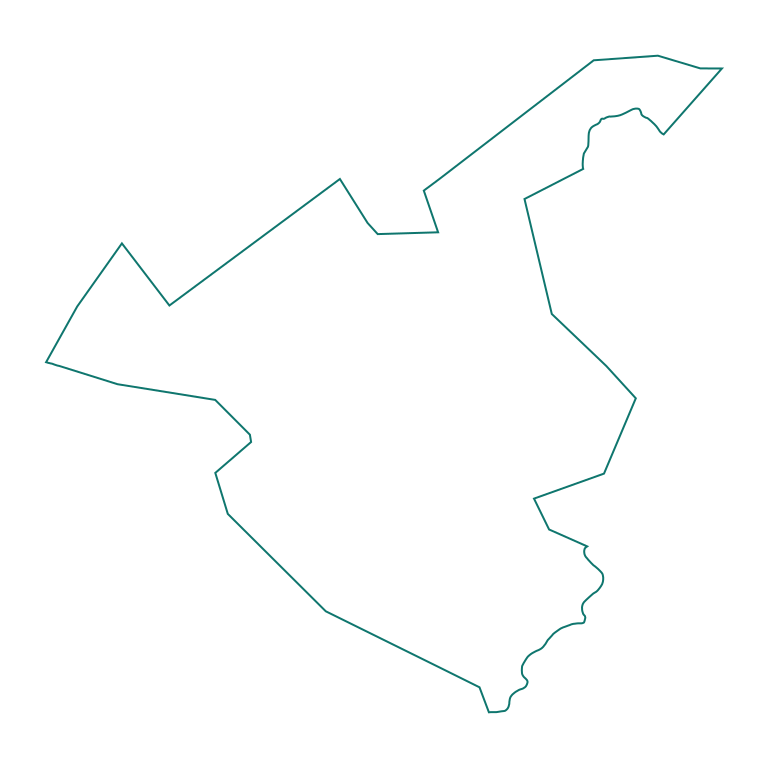 the district of Trinidad, Santa Bárbara, Honduras
{"feature_id": "27666195B30534967485029", "entity_name": "Trinidad", "entity_type": "district", "adm_level": 2, "iso_a3": "HND", "parent_name": "Honduras", "parent_adm1": "Santa Bárbara", "projection": "mercator", "projection_center": [-88.214, 15.162], "detail": "fine", "context": "isolated", "style": "outline", "palette": "teal", "viewbox_px": 768, "rotation_deg": 0, "n_neighbors": 0, "source": "geoboundaries", "source_scale": "gbopen_adm2", "svg_char_len": 6001}
<svg xmlns="http://www.w3.org/2000/svg" viewBox="0 0 768 768"><path d="M721.9,68.5L700.3,68.4L657.9,55.7L593.7,60.3L439.1,179.2L423.8,190.6L438.1,232.3L377.7,234.1L367.6,223.0L339.9,179.0L169.4,305.5L121.9,243.4L77.2,306.5L46.1,362.2L47.2,362.5L48.4,362.9L49.5,363.1L50.5,363.4L51.7,363.6L52.1,363.7L52.7,363.9L54.2,364.5L57.2,365.5L57.6,365.6L59.1,365.9L117.5,384.2L215.2,399.9L249.9,434.7L251.1,442.0L215.3,472.9L227.8,513.9L325.8,611.3L438.8,667.1L479.5,687.3L488.9,712.3L490.1,712.2L491.1,712.1L492.2,712.1L493.4,712.1L495.5,712.1L496.0,712.1L496.5,712.1L497.2,712.0L498.5,711.8L500.3,711.5L501.5,711.3L504.2,711.0L504.5,710.9L505.0,710.8L505.4,710.6L505.9,710.2L506.4,709.8L506.9,709.3L507.4,708.8L507.8,708.2L508.1,707.6L508.4,707.0L508.6,706.6L508.7,706.2L509.0,704.9L509.2,704.3L509.3,703.6L509.3,703.2L509.4,701.6L509.6,700.4L509.7,699.7L509.9,698.7L510.2,697.8L510.3,697.5L510.5,697.1L510.7,696.7L510.9,696.4L511.3,695.9L511.6,695.4L512.0,695.0L512.4,694.5L513.1,693.9L513.6,693.5L514.5,692.7L515.1,692.3L515.7,691.8L516.3,691.5L517.8,690.6L519.0,689.9L519.5,689.7L520.0,689.5L520.3,689.4L521.6,689.0L522.0,688.9L522.5,688.7L522.9,688.5L523.4,688.3L523.8,688.0L524.2,687.7L524.6,687.5L525.1,687.1L525.5,686.7L525.9,686.3L526.1,685.9L526.3,685.6L526.6,685.0L526.9,684.4L527.0,684.1L527.2,683.5L527.4,682.9L527.5,682.5L527.5,682.0L527.5,681.7L527.5,681.4L527.4,681.2L527.3,680.8L527.1,680.4L526.8,679.9L526.4,679.5L525.9,678.9L525.5,678.5L524.3,677.4L523.8,676.9L523.5,676.5L523.1,675.9L522.8,675.5L522.6,675.0L522.4,674.6L522.2,674.1L522.1,673.7L522.0,673.2L522.0,672.9L521.9,672.0L521.9,671.1L521.8,670.2L521.9,669.1L521.9,668.5L522.0,667.4L522.1,666.3L522.2,666.0L522.3,665.7L522.6,665.1L522.9,664.6L523.6,663.2L524.4,661.9L525.1,660.7L526.3,658.8L526.8,658.1L527.1,657.6L527.5,657.1L527.9,656.6L528.3,656.2L528.9,655.7L529.5,655.1L530.2,654.6L530.8,654.1L531.7,653.5L532.5,653.0L534.0,652.2L534.9,651.7L535.9,651.2L536.5,650.9L537.5,650.5L538.5,650.1L539.1,649.8L539.7,649.5L540.7,648.9L541.2,648.6L541.7,648.2L542.2,647.8L542.8,647.2L543.4,646.6L544.2,645.5L545.3,644.2L545.7,643.5L546.1,642.9L546.5,642.2L547.3,640.8L547.6,640.4L547.8,640.0L548.5,639.3L550.0,637.7L550.4,637.2L551.0,636.6L552.4,635.0L553.0,634.2L553.9,633.4L554.3,633.1L554.9,632.6L558.1,630.3L559.8,629.1L560.6,628.6L561.1,628.3L561.6,628.1L563.1,627.4L564.3,627.0L565.7,626.5L568.4,625.5L569.6,625.1L571.0,624.5L571.4,624.3L572.0,624.2L572.7,624.0L573.8,623.8L575.0,623.7L576.3,623.5L578.4,623.3L578.9,623.3L579.5,623.3L580.4,623.3L581.1,623.3L581.6,623.3L582.1,623.2L582.7,623.1L583.1,622.9L583.6,622.7L583.9,622.5L584.1,622.2L584.5,621.1L584.8,620.0L585.1,618.6L585.3,617.9L585.3,617.6L585.2,617.2L585.1,616.7L585.0,616.3L584.8,615.9L584.7,615.7L584.3,615.3L583.9,614.9L583.7,614.6L583.5,614.4L583.4,614.1L583.1,613.7L582.9,613.0L582.7,612.4L582.4,611.4L582.2,610.4L582.1,609.7L582.1,608.7L582.0,607.7L582.1,606.9L582.2,606.1L582.4,605.4L582.6,604.6L582.8,604.1L583.0,603.8L583.2,603.3L583.5,602.9L583.9,602.3L584.1,602.0L585.0,601.1L586.2,599.9L587.5,598.7L588.9,597.4L591.7,594.9L593.2,593.6L593.6,593.3L594.2,593.0L594.6,592.7L595.5,592.2L596.0,591.9L596.5,591.5L597.0,591.1L597.4,590.7L597.9,590.2L598.3,589.7L599.2,588.6L600.2,587.3L600.5,586.8L601.2,585.8L601.5,585.2L601.9,584.6L602.1,584.2L602.3,583.7L602.4,583.3L602.6,582.7L602.8,582.1L602.9,581.6L603.0,581.0L603.1,580.3L603.2,579.3L603.2,578.3L603.2,577.6L603.2,577.2L603.1,576.8L603.0,576.2L602.9,575.5L602.8,575.0L602.6,574.4L602.5,574.1L602.4,573.9L602.3,573.6L601.8,573.0L601.6,572.6L601.1,572.1L600.4,571.3L599.1,570.0L598.1,569.0L597.5,568.5L596.6,567.7L596.0,567.2L595.3,566.6L594.1,565.7L593.5,565.3L592.8,564.6L592.1,563.9L591.0,562.8L589.2,560.8L588.5,560.1L586.8,558.0L586.2,557.4L585.7,556.7L585.2,555.9L585.0,555.4L584.7,554.7L584.5,554.1L584.4,553.6L584.3,552.8L584.2,552.0L584.2,551.1L584.3,550.2L584.5,549.5L584.6,549.0L584.7,548.7L584.9,548.3L585.2,548.0L585.6,547.6L586.0,547.2L586.8,546.7L587.2,546.4L549.1,529.5L534.0,498.6L604.0,473.6L635.8,398.3L606.3,366.0L551.8,314.0L524.5,199.0L583.2,168.9L583.0,168.2L582.9,167.5L582.8,166.8L582.8,166.2L582.7,165.2L582.7,164.1L582.7,163.0L582.8,162.2L582.8,161.0L582.9,160.3L583.0,159.2L583.1,157.9L583.4,156.1L583.6,155.1L583.8,153.8L584.0,153.4L584.1,153.1L584.5,152.5L586.0,150.0L587.8,147.0L588.0,146.7L588.1,146.1L588.2,145.6L588.3,145.1L588.3,144.5L588.5,141.3L588.6,136.6L588.6,136.0L588.8,133.6L588.9,132.8L589.1,132.1L589.3,131.4L589.5,130.8L589.7,130.2L589.9,129.8L590.3,129.2L590.6,128.7L590.9,128.2L591.3,127.8L591.7,127.3L592.0,127.1L592.3,126.9L592.9,126.4L593.4,126.1L594.1,125.7L594.9,125.3L595.4,125.0L596.8,124.4L597.5,124.1L597.9,123.8L598.5,123.3L599.0,122.9L599.2,122.7L599.6,122.2L599.8,121.9L600.0,121.7L600.2,121.3L600.3,120.8L600.5,120.4L600.6,120.2L600.7,119.9L601.0,119.6L601.1,119.3L601.3,119.1L601.6,118.9L601.8,118.8L602.0,118.7L602.3,118.7L602.6,118.7L603.0,118.8L603.5,118.8L603.8,118.8L604.0,118.7L604.4,118.6L604.8,118.4L605.2,118.1L605.7,117.8L606.1,117.6L606.4,117.5L606.8,117.3L607.7,117.0L608.7,116.7L608.9,116.6L609.5,116.5L610.5,116.6L611.7,116.5L613.2,116.4L614.6,116.3L616.0,116.1L617.3,115.9L618.3,115.7L619.3,115.4L619.9,115.3L620.7,115.0L621.4,114.7L622.0,114.5L623.3,113.9L625.7,112.8L631.7,109.7L632.4,109.4L632.8,109.2L633.5,109.0L634.2,108.9L635.0,108.7L635.7,108.6L636.5,108.6L637.2,108.6L638.0,108.7L638.4,108.8L638.8,108.9L639.1,109.1L639.3,109.3L639.6,109.6L640.2,110.6L640.5,111.2L640.7,111.6L640.8,112.0L641.0,112.4L641.1,112.8L641.3,113.7L641.4,114.2L641.6,114.5L641.8,114.9L642.1,115.2L642.3,115.4L642.5,115.6L642.8,115.9L643.3,116.2L643.9,116.6L644.6,117.0L645.0,117.2L645.5,117.5L646.3,117.8L647.2,118.0L647.4,118.1L647.7,118.3L648.5,118.9L649.0,119.3L649.9,120.1L650.9,120.9L653.0,122.9L654.0,123.8L654.6,124.4L655.5,125.4L656.0,125.9L656.5,126.5L657.6,128.0L658.7,129.6L659.8,131.3L660.1,131.7L661.4,132.9L661.6,133.1L662.0,133.4L662.5,133.8L663.0,134.0L663.7,134.4L721.9,68.5Z" fill="none" stroke="#0f766e" stroke-width="2"/></svg>